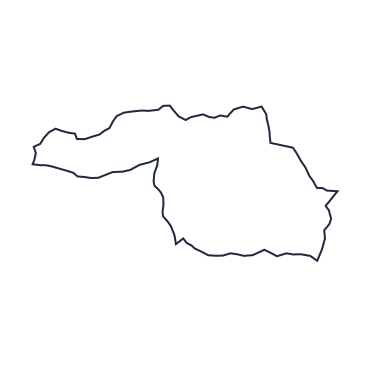 outline of Fernão, São Paulo, Brazil, rotated 64°
{"feature_id": "56859067B16110619340323", "entity_name": "Fernão", "entity_type": "district", "adm_level": 2, "iso_a3": "BRA", "parent_name": "Brazil", "parent_adm1": "São Paulo", "projection": "equal_earth", "projection_center": [-49.55, -22.377], "detail": "fine", "context": "isolated", "style": "outline", "palette": "slate", "viewbox_px": 384, "rotation_deg": 64, "n_neighbors": 0, "source": "geoboundaries", "source_scale": "gbopen_adm2", "svg_char_len": 1488}
<svg xmlns="http://www.w3.org/2000/svg" viewBox="0 0 384 384"><g transform="rotate(64 192 192)"><path d="M308.7,109.6L300.3,100.1L292.0,92.8L284.4,90.0L281.1,82.7L277.0,78.7L268.5,77.0L263.1,78.0L255.1,60.9L249.8,70.2L245.8,72.8L243.0,78.0L235.5,78.3L228.7,79.5L219.9,79.3L212.3,80.4L201.6,81.1L196.4,81.9L182.3,99.9L176.2,97.8L172.1,96.0L166.5,94.4L159.1,92.8L154.7,91.2L145.7,92.0L143.9,101.5L137.7,108.6L136.1,118.3L139.8,127.2L135.6,133.1L135.1,139.3L132.1,143.7L127.1,148.0L124.3,159.8L124.5,166.2L118.1,170.9L109.5,173.1L104.6,174.1L102.0,180.0L103.3,186.2L100.2,195.1L96.8,201.4L93.1,211.3L90.8,218.6L90.8,226.5L94.0,232.3L98.3,238.0L98.6,244.1L99.8,250.0L98.6,257.0L97.5,265.1L94.0,272.2L88.3,271.6L84.1,277.6L79.6,282.7L75.3,286.9L75.6,294.3L78.3,301.1L82.2,307.3L82.0,314.4L88.5,315.3L93.8,319.4L97.2,323.1L101.4,316.6L103.9,311.6L107.4,307.0L112.7,301.1L118.3,294.9L122.8,290.2L127.8,288.1L131.0,282.7L135.4,276.2L138.1,270.1L139.3,254.6L143.2,245.7L145.1,237.8L144.6,227.3L146.7,217.2L146.9,207.9L152.7,211.5L158.8,217.8L165.9,222.0L170.2,223.0L174.4,221.2L178.8,220.2L184.1,220.2L191.1,223.3L197.1,227.3L201.4,228.7L206.6,227.1L213.2,225.9L223.2,226.7L231.8,229.3L229.9,220.2L235.4,219.2L239.8,215.9L244.0,214.3L248.2,210.9L251.9,208.1L256.0,205.1L259.7,198.6L262.7,192.1L264.0,184.2L268.0,178.4L272.1,173.4L275.4,165.1L275.6,152.3L281.2,148.0L287.0,143.7L288.5,134.1L292.5,128.4L295.7,121.4L301.3,113.7L308.7,109.6Z" fill="none" stroke="#1e293b" stroke-width="2"/></g></svg>